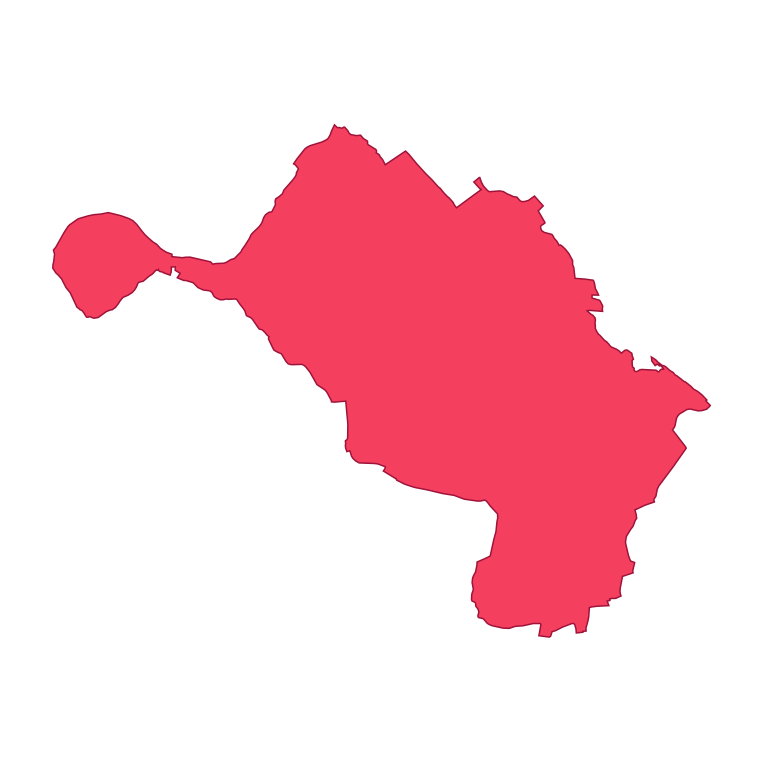 Viisoara, Cluj, Romania, rotated 177°
{"feature_id": "2599482B98058077803275", "entity_name": "Viisoara", "entity_type": "district", "adm_level": 2, "iso_a3": "ROU", "parent_name": "Romania", "parent_adm1": "Cluj", "projection": "robinson", "projection_center": [23.931, 46.57], "detail": "fine", "context": "isolated", "style": "filled", "palette": "rose", "viewbox_px": 768, "rotation_deg": 177, "n_neighbors": 0, "source": "geoboundaries", "source_scale": "gbopen_adm2", "svg_char_len": 6142}
<svg xmlns="http://www.w3.org/2000/svg" viewBox="0 0 768 768"><g transform="rotate(177 384 384)"><path d="M419.9,645.4L423.2,639.3L424.6,635.8L426.7,632.5L427.7,631.6L429.1,630.7L433.7,628.8L445.3,625.9L448.8,624.3L451.0,622.6L459.1,613.4L462.8,608.6L461.2,607.7L458.3,603.6L458.4,602.9L460.4,599.6L460.7,597.6L461.6,596.0L463.9,593.1L473.8,582.9L475.5,579.3L478.8,576.7L482.4,574.6L483.0,573.1L483.2,571.2L483.0,568.8L486.8,562.2L487.2,561.8L489.9,561.5L493.4,559.3L495.5,556.3L497.5,551.5L498.4,550.1L500.8,547.3L506.9,542.1L509.0,539.9L510.8,536.4L515.6,529.6L518.8,525.6L519.9,523.5L526.9,517.1L530.4,516.3L535.0,513.8L537.7,513.0L545.0,513.1L549.0,512.7L550.2,514.5L551.3,515.2L570.9,520.8L575.2,521.0L578.8,520.7L589.2,522.3L588.9,524.3L589.0,524.7L594.5,527.0L597.4,529.0L600.3,531.3L603.9,535.6L607.0,537.7L611.3,541.8L614.5,545.1L617.2,548.6L622.6,556.4L626.2,560.2L629.9,562.5L638.1,565.9L650.3,569.6L658.2,568.5L664.4,568.3L670.2,567.5L680.0,565.2L681.4,564.6L689.5,559.5L690.9,558.3L693.3,555.2L695.5,552.1L704.6,537.8L707.1,535.1L706.2,530.9L707.5,523.2L708.3,520.5L708.7,517.0L705.8,512.0L703.5,509.7L700.4,505.7L696.5,496.9L692.6,491.6L686.6,476.8L684.9,475.5L683.8,474.2L681.8,473.2L680.4,471.3L677.6,466.4L676.1,466.1L674.4,466.7L670.7,465.0L669.8,464.9L665.9,465.4L657.4,470.9L652.8,472.4L651.7,472.3L648.2,474.5L645.1,478.1L643.2,480.8L640.6,483.7L639.8,484.3L634.9,486.1L630.8,488.4L628.1,491.0L626.0,494.1L624.5,497.4L623.5,498.4L619.0,499.3L613.0,503.9L609.3,506.1L605.7,509.7L603.7,509.4L603.3,510.0L603.1,509.1L601.9,508.0L599.9,507.6L597.7,506.3L591.9,503.9L590.8,506.6L590.3,509.5L590.3,511.9L586.2,511.9L586.6,508.5L581.8,505.2L584.9,500.9L578.6,497.9L576.4,497.7L569.8,495.4L568.6,494.4L564.7,490.0L559.7,487.4L553.0,486.1L551.0,484.4L549.5,481.0L548.8,480.0L546.7,478.4L543.4,476.8L542.3,476.6L539.9,476.6L536.8,477.2L535.3,476.7L528.2,476.7L526.5,476.0L524.2,471.9L520.2,466.3L519.0,463.9L517.9,459.8L517.4,459.2L513.7,457.3L512.2,455.8L506.0,445.7L505.5,445.3L502.8,444.5L500.1,441.6L498.1,438.8L496.3,437.3L497.0,435.8L496.9,434.7L492.9,425.1L492.0,423.5L488.4,421.2L485.3,419.8L484.6,419.0L480.9,412.0L478.9,409.4L477.1,408.5L474.7,408.1L465.0,407.9L463.2,407.0L461.4,405.4L457.3,399.6L451.0,386.9L443.2,381.1L442.0,379.5L441.1,378.0L437.4,370.0L437.4,368.9L434.5,368.5L423.1,368.9L422.2,345.8L423.0,333.7L423.3,331.5L424.3,329.8L425.3,329.6L425.6,329.0L425.4,326.6L425.8,324.8L425.7,322.2L424.6,318.4L421.6,319.1L420.2,313.6L418.9,311.3L416.5,308.8L413.0,306.5L397.6,305.1L394.4,304.5L387.0,301.3L387.4,299.6L389.2,297.1L376.7,288.5L376.4,287.4L375.8,287.0L368.6,282.9L361.0,279.9L358.4,279.0L347.1,276.2L331.0,271.5L319.8,269.1L309.9,264.8L296.8,262.2L293.6,262.1L289.1,262.8L287.0,260.7L284.3,256.6L277.4,248.3L277.5,244.1L278.4,240.6L279.9,230.8L282.7,222.2L286.9,206.8L289.5,205.5L300.4,201.3L300.6,198.6L302.4,191.5L304.6,188.0L305.7,185.5L306.4,181.1L305.6,174.7L305.7,173.6L307.1,170.2L307.5,168.3L307.9,164.1L307.4,162.6L304.9,161.4L304.2,160.7L304.0,160.1L304.0,157.4L301.9,154.3L301.2,151.5L302.4,147.4L302.1,146.2L301.7,145.8L297.1,144.4L293.5,139.7L291.8,138.5L288.8,137.0L278.0,134.0L271.7,133.4L265.7,135.1L257.6,135.3L247.6,137.0L240.5,136.6L239.9,135.6L242.5,124.5L232.2,122.6L230.8,123.4L229.1,127.9L225.8,128.6L218.7,131.8L208.8,135.0L206.9,134.7L206.1,133.7L205.1,129.2L205.0,125.3L198.4,125.7L198.4,126.6L195.1,126.7L195.1,129.7L192.8,136.5L191.8,140.5L190.6,149.9L188.5,150.5L182.8,150.9L171.0,150.9L172.5,155.6L169.7,156.0L169.5,156.5L170.0,157.5L168.3,157.9L163.8,157.8L158.4,159.9L158.8,161.2L159.2,164.5L158.9,167.3L155.9,179.4L145.1,182.4L145.3,182.9L145.3,184.7L143.0,192.6L146.6,194.1L147.5,195.5L148.9,200.1L151.0,211.9L151.1,213.6L150.1,218.5L149.4,219.9L145.5,225.6L142.8,228.8L140.2,234.7L138.7,236.6L139.0,240.5L140.0,245.3L138.2,245.8L130.3,249.1L120.1,252.1L120.6,254.1L120.4,254.8L118.3,257.8L116.6,264.7L114.8,267.9L99.4,286.4L85.6,304.0L85.8,304.9L87.1,306.9L98.3,323.1L96.5,325.3L95.5,327.3L93.7,334.4L92.6,336.3L90.6,338.5L82.8,342.7L79.6,343.0L71.6,340.7L68.0,340.8L63.2,341.9L60.1,344.5L59.3,345.5L63.5,350.3L62.4,351.1L67.2,356.7L71.3,360.3L75.0,362.6L77.4,365.4L82.9,370.3L84.2,370.8L90.9,376.7L92.8,377.8L94.6,380.4L97.6,382.3L101.6,386.3L102.6,387.1L105.5,388.2L109.3,391.5L111.4,394.0L115.6,397.0L115.3,392.9L112.3,388.2L110.1,389.5L109.1,388.7L107.9,389.3L107.7,388.9L108.3,387.9L107.8,387.6L107.0,388.0L106.3,387.4L104.7,385.6L104.1,384.1L106.3,384.3L107.7,383.3L108.2,382.4L109.3,381.8L110.1,382.0L111.0,383.3L112.1,383.6L125.5,385.0L127.5,384.9L130.6,383.3L132.1,383.3L132.9,383.8L133.6,384.7L133.3,386.6L134.8,387.9L135.1,390.2L135.0,394.6L133.6,395.7L134.6,399.0L134.9,401.7L139.3,405.1L140.0,405.3L141.6,405.1L145.4,402.4L147.5,404.7L149.7,406.4L155.1,409.1L156.6,410.7L157.7,412.5L158.8,413.5L159.1,414.2L161.7,416.2L165.9,421.4L167.2,422.5L168.6,424.9L170.0,428.2L169.9,432.0L170.1,433.9L169.5,436.8L169.8,439.0L171.7,441.6L174.0,443.1L177.3,446.5L175.2,446.8L161.9,445.1L162.1,447.3L161.5,450.4L163.7,455.4L164.5,456.4L171.7,458.9L171.6,462.0L165.1,461.5L165.8,463.6L167.9,468.2L168.5,473.3L169.4,476.4L169.7,476.7L178.1,478.3L187.7,479.5L188.4,490.5L189.4,493.3L189.2,497.4L192.5,504.5L195.9,509.2L198.9,512.3L200.5,513.6L202.0,513.3L202.3,514.5L204.1,517.8L206.5,520.7L207.1,522.4L208.5,524.6L216.0,527.0L218.4,528.8L219.2,530.8L219.4,533.1L218.7,534.0L215.0,536.2L214.8,536.8L220.9,548.8L215.7,553.5L223.9,563.8L230.1,559.8L234.0,558.9L236.8,558.9L238.6,559.9L241.4,563.6L245.5,564.5L246.6,565.3L251.2,567.5L254.7,569.9L258.7,570.8L268.7,570.5L270.5,571.8L274.3,576.4L276.3,580.8L277.5,585.2L278.1,585.2L283.7,581.0L278.2,574.2L276.7,573.1L302.4,556.2L304.7,559.6L305.3,561.5L309.2,566.4L310.9,567.9L314.2,571.7L317.7,576.6L319.4,577.9L325.5,585.5L331.1,591.6L339.8,602.2L347.2,612.2L350.3,615.5L371.3,602.9L373.6,608.1L376.0,611.3L376.6,613.0L378.1,614.3L379.7,615.3L379.2,617.1L379.8,618.6L387.2,623.7L387.9,625.0L387.7,627.1L388.0,627.6L391.7,630.2L394.4,633.7L398.6,633.5L403.8,634.7L405.6,636.1L406.9,638.9L409.8,642.5L410.5,642.7L412.6,641.6L415.4,642.5L417.1,642.4L419.9,645.4Z" fill="#f43f5e" stroke="#9f1239" stroke-width="1.5"/></g></svg>